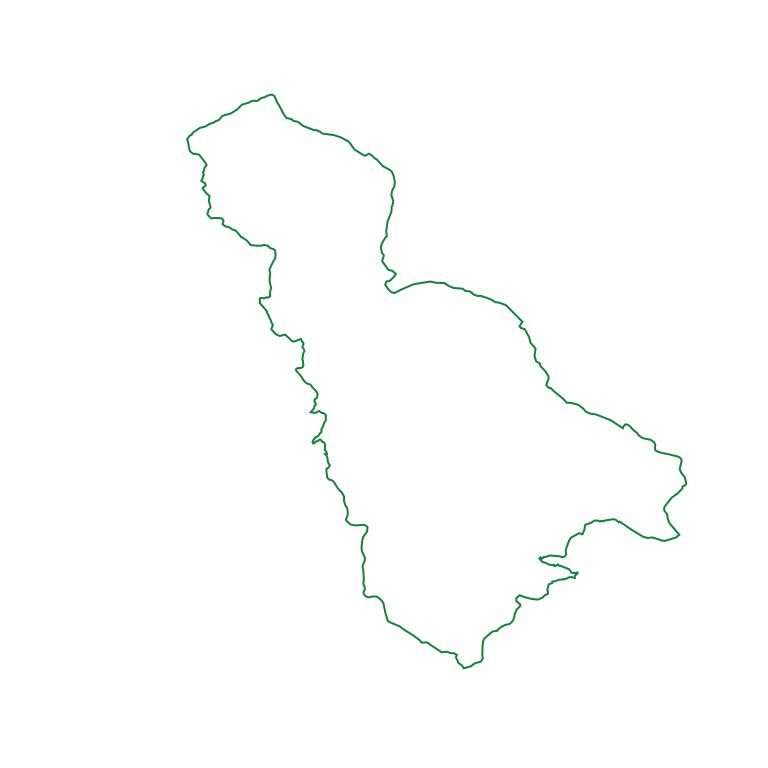 Matman, Shan, Myanmar (Natural Earth projection), rotated 136°
{"feature_id": "60261553B76959974834297", "entity_name": "Matman", "entity_type": "district", "adm_level": 2, "iso_a3": "MMR", "parent_name": "Myanmar", "parent_adm1": "Shan", "projection": "natural_earth1", "projection_center": [98.878, 22.187], "detail": "fine", "context": "isolated", "style": "outline", "palette": "green", "viewbox_px": 768, "rotation_deg": 136, "n_neighbors": 0, "source": "geoboundaries", "source_scale": "gbopen_adm2", "svg_char_len": 6152}
<svg xmlns="http://www.w3.org/2000/svg" viewBox="0 0 768 768"><g transform="rotate(136 384 384)"><path d="M265.5,659.9L262.8,667.2L263.4,669.7L265.2,671.2L269.0,672.9L270.5,673.0L272.3,674.3L274.5,675.1L278.6,675.7L280.9,678.2L282.7,679.4L286.3,680.5L292.0,683.6L299.1,683.5L306.2,685.0L314.2,689.2L319.3,688.6L322.5,690.0L324.9,690.3L328.5,692.2L333.1,693.1L338.7,696.2L347.4,697.6L349.0,696.9L351.3,697.6L355.7,696.8L356.2,695.3L361.1,687.8L361.9,685.8L361.2,681.7L359.9,680.9L359.3,679.4L357.9,678.0L357.7,677.2L358.9,666.7L359.6,664.6L362.8,664.2L365.1,662.6L366.5,662.3L367.6,661.6L368.1,659.8L370.2,659.1L371.9,657.7L374.1,657.2L374.4,656.6L373.6,654.3L373.3,652.4L374.2,650.7L377.7,651.0L378.9,650.0L378.9,647.9L379.3,646.5L379.0,640.3L382.9,637.3L385.7,631.9L386.5,631.2L388.6,631.4L392.8,629.1L393.4,627.4L393.2,623.1L390.3,620.9L385.9,616.2L385.7,614.3L386.1,612.8L389.1,611.1L389.1,610.5L388.6,607.7L387.8,606.2L386.8,605.3L385.7,600.3L384.3,597.8L384.1,594.4L384.7,589.3L383.9,587.1L383.0,582.2L383.4,576.5L379.1,571.5L375.9,568.6L373.6,567.3L371.6,564.2L371.4,560.6L369.7,557.5L369.7,555.8L371.4,553.2L374.8,549.9L378.2,549.2L386.9,546.0L389.1,542.4L391.3,540.9L394.6,537.8L398.8,531.1L400.1,530.7L403.6,528.1L404.7,526.2L407.5,526.6L408.5,528.2L410.8,528.8L411.8,530.5L413.5,531.8L415.1,531.0L415.5,529.8L417.1,528.7L417.7,517.8L418.9,515.8L419.1,514.1L420.8,510.6L421.1,508.5L422.0,507.0L423.0,503.6L427.0,501.7L427.3,496.7L426.8,493.7L425.6,490.8L421.7,488.9L420.8,488.0L420.3,478.2L418.6,476.7L412.5,474.1L413.4,471.7L413.4,469.7L414.5,468.4L416.0,468.0L417.1,467.0L417.6,464.4L418.3,463.0L421.2,461.9L425.6,458.5L426.3,456.8L429.3,453.2L431.0,452.7L432.9,453.4L435.0,455.4L436.8,455.8L437.9,454.7L438.1,448.3L439.4,441.5L439.3,438.5L437.5,435.0L437.3,433.7L437.9,431.1L437.6,427.6L438.3,423.8L439.7,421.9L442.1,420.6L444.5,421.1L446.2,419.8L446.6,417.7L447.3,416.4L449.0,416.6L451.3,415.1L456.3,414.6L454.1,411.6L452.4,410.4L450.2,410.1L449.3,409.3L448.9,406.4L447.6,405.0L447.6,401.5L449.2,400.6L450.8,398.4L453.9,397.7L457.1,395.9L460.7,394.9L462.2,393.0L465.0,392.9L467.4,392.3L470.5,393.3L473.1,393.0L475.7,391.9L476.2,390.4L475.1,389.8L473.0,390.1L471.8,389.0L468.5,388.6L468.2,387.0L468.6,385.2L467.7,383.4L468.4,381.5L472.2,377.7L472.7,374.9L473.7,373.3L475.0,374.5L475.1,372.6L475.8,370.5L478.5,366.9L479.5,363.1L482.4,362.4L483.9,363.0L485.8,361.6L489.7,356.2L490.0,353.7L488.3,350.8L488.2,347.7L489.7,341.3L489.7,335.0L491.1,330.6L494.1,327.5L496.0,323.8L496.9,320.0L499.0,317.1L500.8,315.2L505.6,312.9L506.1,311.5L505.7,306.4L504.1,303.7L501.8,301.2L496.6,297.0L495.5,294.8L495.3,292.5L498.6,289.6L505.2,288.5L508.9,286.1L514.3,281.5L516.4,278.2L518.3,272.6L520.0,270.6L525.0,268.4L527.0,266.8L528.2,264.5L534.0,257.7L537.7,254.6L538.9,251.4L540.6,249.5L543.5,248.5L544.4,246.9L544.7,244.4L543.8,241.6L539.2,238.6L536.8,235.9L536.2,232.6L536.2,229.2L536.8,226.6L542.0,218.3L545.7,211.3L545.4,208.8L541.0,198.5L540.3,193.7L537.5,182.2L536.3,175.0L536.5,171.6L533.7,169.4L532.2,167.5L532.0,165.1L528.9,150.9L524.7,147.7L522.9,144.0L520.6,141.6L519.8,138.6L522.2,137.3L523.3,133.7L524.3,132.0L523.4,127.3L524.1,124.1L517.4,120.5L513.3,120.2L506.9,117.0L503.7,117.9L501.2,121.1L495.3,126.9L491.3,130.2L488.2,131.2L480.0,130.8L477.0,130.2L474.7,128.0L470.3,128.2L464.7,126.7L460.1,124.1L456.2,124.1L452.3,125.7L449.5,127.9L445.0,129.6L440.5,129.6L439.1,130.9L439.6,136.0L437.5,138.0L433.2,137.9L431.2,133.5L427.2,126.9L422.9,121.9L418.5,120.3L415.3,120.3L411.8,119.2L410.6,120.4L409.4,122.6L404.7,125.4L401.1,124.0L400.3,124.9L399.1,124.4L397.9,123.2L394.2,121.7L392.1,119.8L391.0,119.5L390.6,118.7L386.9,116.8L385.8,116.7L383.3,115.0L381.5,111.9L379.9,113.6L376.5,113.3L375.8,114.0L378.3,115.8L379.7,117.2L380.3,118.5L379.7,119.9L379.6,122.4L383.5,130.9L384.5,131.9L384.2,133.4L387.5,134.1L388.0,134.8L387.4,135.7L389.3,137.4L391.2,140.4L392.0,143.2L393.7,145.9L393.5,150.5L391.9,150.6L391.9,148.8L390.9,148.4L389.6,148.8L388.0,147.4L384.0,145.6L377.3,138.0L376.1,135.6L374.2,134.4L371.4,134.7L368.9,138.2L359.5,142.9L356.1,143.5L347.5,141.3L346.5,140.2L346.4,139.0L345.6,138.0L340.8,140.1L337.3,142.9L336.8,142.8L331.1,140.1L327.7,139.7L325.1,137.4L324.3,135.0L322.9,134.7L321.4,132.7L320.1,132.5L312.8,127.3L311.5,125.1L311.2,121.3L310.0,121.2L307.2,107.3L303.8,94.4L301.4,90.1L297.4,87.2L296.8,85.5L296.0,84.6L292.9,78.4L291.0,76.0L280.7,70.8L276.3,70.4L275.4,85.2L273.4,90.3L271.0,93.2L270.2,98.5L269.2,99.6L267.4,100.9L255.7,102.4L249.1,101.3L242.1,101.6L240.5,102.8L236.9,101.9L235.5,102.9L232.5,107.8L231.7,114.2L230.3,117.5L223.3,121.9L222.6,123.2L222.3,124.2L222.5,126.8L228.5,136.5L232.0,141.3L234.7,146.7L234.6,148.4L234.0,149.4L230.9,152.0L230.2,154.7L231.0,158.7L234.8,164.3L235.9,166.6L236.4,170.1L236.0,173.4L236.6,177.2L236.5,183.0L236.8,184.8L237.4,186.3L238.8,187.4L241.8,187.0L242.9,186.3L246.0,200.2L252.5,214.6L256.2,219.4L258.0,223.6L257.8,228.2L258.7,234.2L262.5,240.5L265.5,243.5L265.4,248.9L266.9,261.8L266.9,265.4L268.3,267.0L267.9,270.6L261.7,273.7L260.3,275.3L259.0,281.6L259.1,287.9L257.6,290.3L258.8,294.6L256.3,299.6L250.6,304.0L250.2,305.2L250.0,312.0L247.0,316.9L244.7,325.9L246.6,329.1L246.4,331.4L241.2,332.6L241.5,356.0L244.9,362.9L247.1,365.4L247.9,369.1L250.4,375.2L251.6,376.9L253.1,380.2L255.2,381.9L257.3,385.9L257.8,390.8L260.8,394.4L261.3,398.1L267.3,404.8L269.3,409.5L270.4,414.6L276.4,420.8L279.6,425.6L293.2,435.1L306.3,440.1L313.0,442.0L314.9,444.7L315.1,449.4L314.1,454.7L311.1,456.0L308.2,454.1L300.6,454.3L299.0,455.0L299.5,459.8L301.6,463.2L300.0,473.3L299.4,474.2L296.7,475.3L294.6,476.9L294.4,479.7L291.6,484.3L287.8,486.6L281.7,488.3L279.2,488.4L276.4,492.3L268.4,498.5L259.9,502.3L257.3,504.1L256.1,505.6L252.0,507.7L250.3,509.1L247.5,514.7L243.9,517.4L239.2,519.1L235.8,521.8L233.0,526.1L231.0,530.6L231.0,533.5L233.5,541.6L233.2,550.7L233.8,552.3L234.0,556.9L234.9,560.2L238.8,561.2L239.5,562.2L240.5,565.6L242.3,573.1L241.0,582.9L244.0,592.0L247.3,598.1L254.2,606.7L254.8,610.0L256.7,614.2L257.9,615.1L262.9,625.6L263.6,631.3L264.0,632.6L266.3,636.1L266.6,638.9L269.3,642.9L268.7,647.9L265.7,658.0L265.5,659.9Z" fill="none" stroke="#15803d" stroke-width="2"/></g></svg>